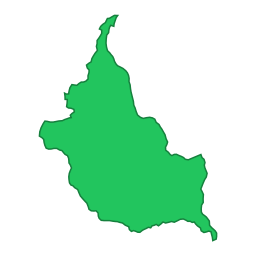 the district of Grão Pará, Santa Catarina, Brazil
{"feature_id": "56859067B23369075727093", "entity_name": "Grão Pará", "entity_type": "district", "adm_level": 2, "iso_a3": "BRA", "parent_name": "Brazil", "parent_adm1": "Santa Catarina", "projection": "natural_earth1", "projection_center": [-49.313, -28.124], "detail": "fine", "context": "isolated", "style": "filled", "palette": "green", "viewbox_px": 256, "rotation_deg": 0, "n_neighbors": 0, "source": "geoboundaries", "source_scale": "gbopen_adm2", "svg_char_len": 3020}
<svg xmlns="http://www.w3.org/2000/svg" viewBox="0 0 256 256"><path d="M200.9,154.5L188.3,159.8L185.3,159.3L183.6,157.6L181.3,156.4L179.0,155.5L176.4,154.3L174.2,154.4L171.9,155.6L170.2,154.6L168.3,152.2L165.7,150.2L165.5,147.2L166.8,144.6L167.6,142.0L166.1,138.8L165.0,134.7L163.5,132.1L161.7,128.9L160.3,127.0L159.0,124.5L156.2,122.4L154.8,119.2L152.5,117.9L149.7,117.3L146.5,117.7L143.2,118.4L140.4,117.3L137.6,115.1L136.1,111.4L135.1,108.0L133.8,105.2L133.4,101.4L132.6,98.2L131.8,95.0L131.0,91.8L130.5,88.7L130.1,84.9L129.0,81.6L129.1,78.3L128.5,75.4L127.4,72.9L125.7,70.7L122.9,68.4L120.2,67.0L117.5,65.7L115.9,63.8L114.5,61.3L113.8,58.9L112.7,56.5L111.0,54.6L109.7,52.8L107.5,50.7L106.5,47.0L106.0,43.2L106.2,39.2L106.7,35.1L108.6,32.7L108.9,29.8L109.6,27.2L110.7,25.3L113.8,26.3L114.1,23.7L115.1,20.8L116.2,17.6L117.7,15.5L114.4,15.4L111.6,17.0L109.4,18.3L107.4,18.5L106.4,20.5L105.4,22.6L102.6,24.5L100.7,26.4L99.4,29.0L101.7,30.1L101.7,33.4L100.1,36.2L98.8,38.2L97.1,40.5L97.1,43.7L96.4,46.4L97.4,50.4L95.2,53.1L93.4,55.9L91.9,58.6L91.1,61.9L88.9,63.2L86.5,65.1L87.3,68.0L89.1,70.0L89.0,72.5L88.0,75.8L88.1,78.9L85.8,81.2L83.3,82.1L81.2,82.1L79.0,83.5L76.9,85.3L74.4,85.0L71.9,84.6L69.9,87.8L69.1,91.0L68.6,93.9L66.4,94.1L64.6,93.2L65.0,96.1L65.1,99.4L67.3,99.5L67.1,103.2L66.6,106.7L68.5,108.0L71.0,108.2L73.9,109.4L74.3,111.9L72.0,113.5L70.3,115.2L71.2,117.6L69.3,117.9L66.7,118.9L64.8,119.5L62.3,120.7L58.7,121.0L55.2,121.7L53.1,122.1L50.3,122.1L47.4,121.4L44.9,121.1L43.2,123.7L41.1,127.8L39.8,131.8L39.4,136.1L42.0,137.7L43.7,139.4L44.1,142.4L44.8,145.1L46.2,148.2L48.7,149.1L51.2,149.0L53.9,148.4L56.8,148.4L59.6,150.0L62.0,150.6L63.6,152.7L65.1,154.4L67.5,155.6L68.6,158.2L68.9,160.7L69.0,163.0L70.2,164.7L71.5,168.0L70.4,170.4L69.3,173.3L68.8,176.7L69.0,179.6L69.5,182.9L70.9,185.0L73.0,185.8L74.6,187.6L77.7,189.5L78.9,192.6L80.4,196.0L82.8,198.8L84.7,200.9L86.9,203.2L88.3,206.8L89.0,209.3L91.2,210.8L93.8,211.0L96.1,210.8L98.1,213.0L98.3,216.1L99.2,218.4L101.2,220.3L104.2,220.6L106.8,220.6L109.6,220.6L113.0,221.2L115.4,221.5L117.3,221.6L119.8,222.4L122.5,223.0L125.3,225.2L128.7,226.7L129.4,229.6L131.4,231.4L133.5,230.6L135.5,231.2L137.7,232.2L139.9,232.3L142.4,230.3L144.3,229.3L146.4,228.4L148.3,227.3L150.7,227.8L152.1,225.8L154.2,225.3L156.2,224.4L158.5,225.8L161.1,223.8L163.0,222.0L165.6,223.0L168.6,222.3L171.5,221.5L174.3,222.2L177.5,220.7L180.2,219.3L183.4,219.0L186.0,220.2L187.8,221.3L190.2,221.3L192.2,222.4L194.3,222.0L195.6,223.9L197.5,225.9L200.4,227.9L201.2,230.8L203.9,232.5L206.5,231.9L208.7,231.1L211.0,231.8L211.5,234.1L212.3,237.0L212.8,240.6L216.2,239.1L216.6,236.5L216.6,233.1L215.2,230.9L213.4,229.2L211.8,227.8L209.6,225.4L209.3,221.0L207.9,219.1L206.4,217.1L204.7,215.7L202.7,214.3L201.4,212.2L201.2,208.8L201.6,205.0L203.2,202.5L203.1,198.8L203.4,194.5L202.1,191.6L200.8,189.1L203.0,183.4L204.6,179.7L206.3,177.0L207.1,173.3L205.8,170.1L204.8,167.6L204.3,165.1L205.0,162.6L204.0,159.3L202.0,157.6L200.9,154.5Z" fill="#22c55e" stroke="#15803d" stroke-width="1.5"/></svg>